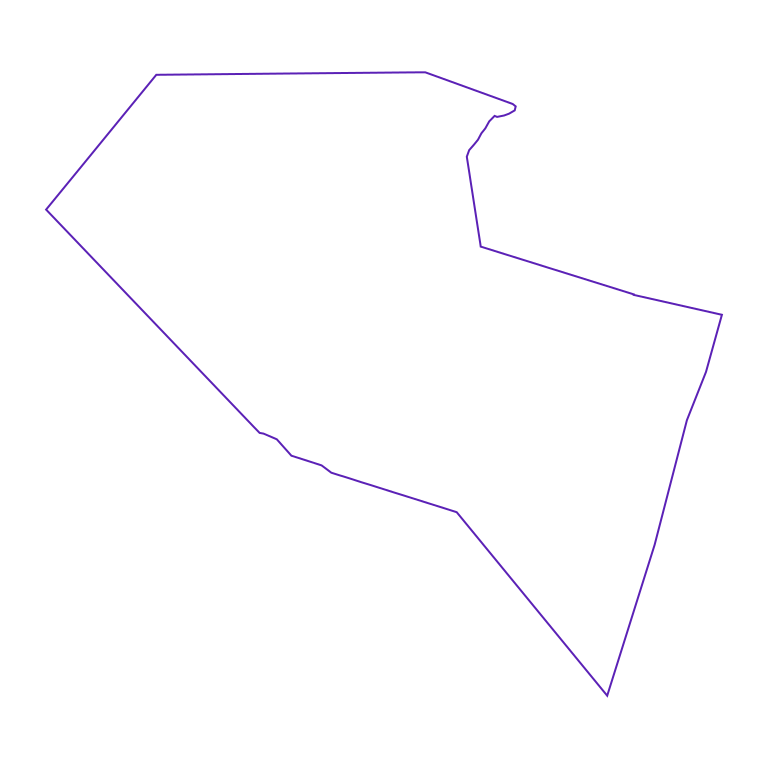 outline of San Martín Lachilá, Oaxaca, Mexico
{"feature_id": "50627088B22717213197696", "entity_name": "San Martín Lachilá", "entity_type": "district", "adm_level": 2, "iso_a3": "MEX", "parent_name": "Mexico", "parent_adm1": "Oaxaca", "projection": "robinson", "projection_center": [-96.852, 16.612], "detail": "fine", "context": "isolated", "style": "outline", "palette": "violet", "viewbox_px": 768, "rotation_deg": 0, "n_neighbors": 0, "source": "geoboundaries", "source_scale": "gbopen_adm2", "svg_char_len": 888}
<svg xmlns="http://www.w3.org/2000/svg" viewBox="0 0 768 768"><path d="M607.2,695.7L654.6,544.9L686.9,420.2L706.0,371.9L721.9,314.8L633.7,294.9L633.8,294.4L546.3,267.1L523.3,259.9L506.3,254.6L480.7,246.6L480.3,243.7L477.0,222.5L475.7,214.1L474.4,205.7L471.9,189.5L471.1,184.5L469.5,173.9L467.6,161.8L466.8,156.7L469.2,150.1L474.1,144.5L478.0,139.7L481.4,133.3L485.3,128.4L489.2,121.4L494.6,115.9L497.1,116.9L504.1,115.5L509.0,113.7L514.7,110.4L515.7,106.4L512.7,104.0L425.5,72.4L425.1,72.3L410.2,72.4L290.0,73.5L156.3,74.8L89.4,156.7L46.1,209.6L253.7,426.8L259.6,432.9L263.5,433.6L276.8,439.3L281.6,444.7L291.4,455.7L310.5,461.8L321.6,465.4L331.3,472.7L339.8,475.4L342.9,476.3L349.6,478.4L361.0,482.1L370.8,485.1L379.6,487.9L394.1,492.5L405.1,495.9L406.0,496.2L427.9,503.1L445.1,508.5L456.7,512.2L458.6,514.5L465.4,522.8L607.2,695.7Z" fill="none" stroke="#5b21b6" stroke-width="2"/></svg>